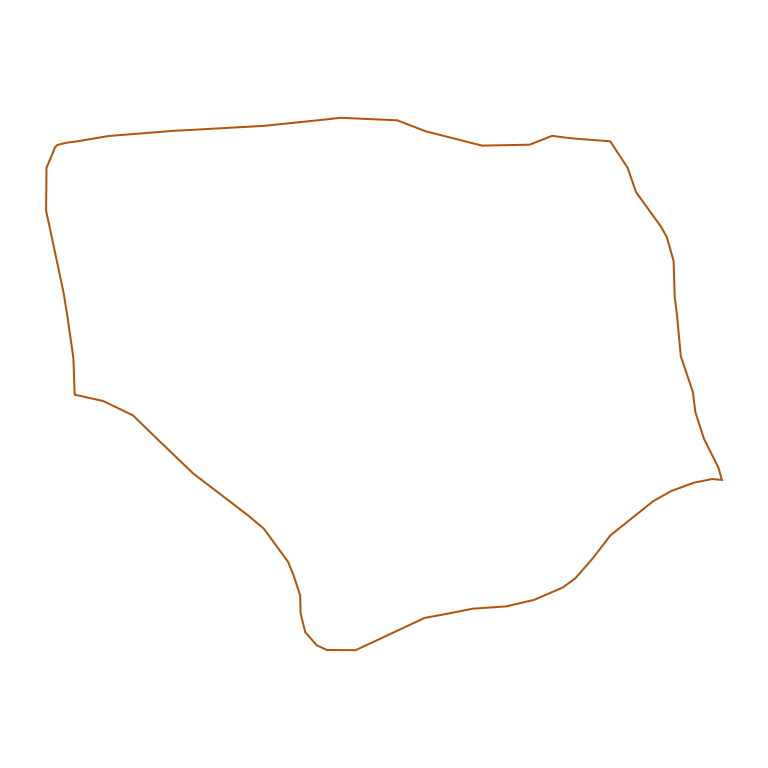 Chinique, Quiché, Guatemala
{"feature_id": "79465075B24163547134196", "entity_name": "Chinique", "entity_type": "district", "adm_level": 2, "iso_a3": "GTM", "parent_name": "Guatemala", "parent_adm1": "Quiché", "projection": "albers", "projection_center": [-91.02, 15.068], "detail": "fine", "context": "isolated", "style": "outline", "palette": "amber", "viewbox_px": 768, "rotation_deg": 0, "n_neighbors": 0, "source": "geoboundaries", "source_scale": "gbopen_adm2", "svg_char_len": 919}
<svg xmlns="http://www.w3.org/2000/svg" viewBox="0 0 768 768"><path d="M721.9,479.9L718.3,467.4L704.0,438.9L695.4,412.3L692.9,392.1L680.8,356.3L676.9,314.1L674.7,296.5L673.6,261.0L666.8,237.0L660.8,226.4L636.0,192.1L627.7,167.9L610.2,141.3L575.8,138.7L562.8,137.3L552.2,135.8L529.5,144.7L482.0,145.6L426.0,131.4L397.2,120.3L340.5,117.8L330.0,119.0L264.5,125.8L187.4,130.1L173.7,130.8L108.7,136.0L77.4,141.3L66.0,142.8L57.4,145.0L54.9,147.4L53.3,151.8L46.5,167.8L46.1,210.8L49.4,226.0L63.6,292.9L67.5,316.9L73.4,358.2L74.7,394.7L103.4,401.1L133.1,415.5L159.1,440.8L193.0,473.3L248.3,515.6L263.9,528.8L287.9,561.6L293.5,575.0L300.2,595.7L300.6,613.6L305.3,632.2L316.7,645.3L326.8,650.0L355.6,650.2L424.6,617.9L444.4,614.3L472.6,608.7L506.1,606.4L534.3,599.8L563.1,587.3L575.4,578.2L592.6,558.5L610.5,535.3L653.0,501.3L671.0,491.1L694.1,482.6L712.0,479.1L721.9,479.9Z" fill="none" stroke="#b45309" stroke-width="2"/></svg>